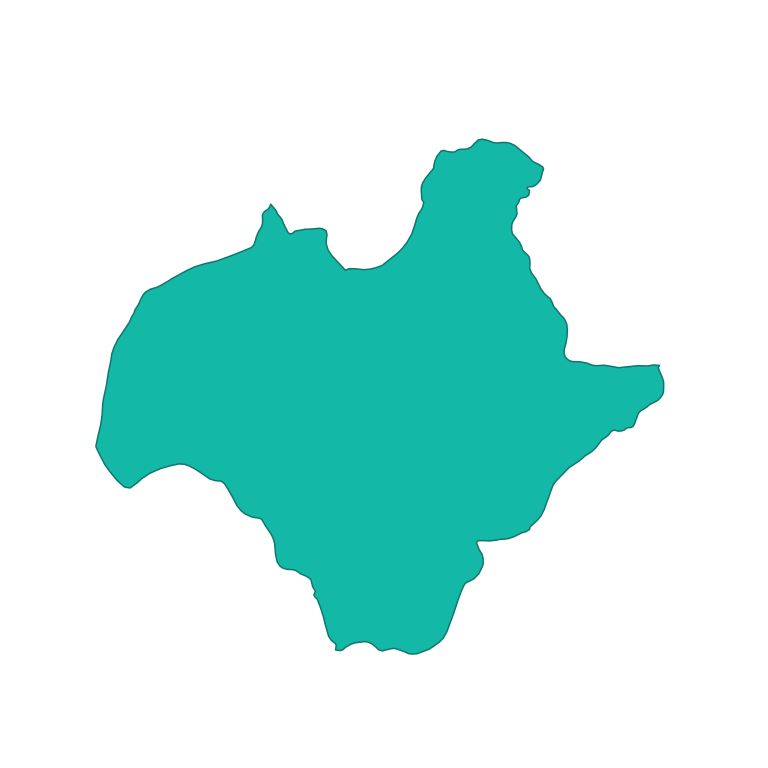 outline of Kota Tomohon, Sulawesi Utara, Indonesia, rotated 18°
{"feature_id": "22746128B12552284418793", "entity_name": "Kota Tomohon", "entity_type": "district", "adm_level": 2, "iso_a3": "IDN", "parent_name": "Indonesia", "parent_adm1": "Sulawesi Utara", "projection": "orthographic", "projection_center": [124.821, 1.329], "detail": "fine", "context": "isolated", "style": "filled", "palette": "teal", "viewbox_px": 768, "rotation_deg": 18, "n_neighbors": 0, "source": "geoboundaries", "source_scale": "gbopen_adm2", "svg_char_len": 6050}
<svg xmlns="http://www.w3.org/2000/svg" viewBox="0 0 768 768"><g transform="rotate(18 384 384)"><path d="M434.7,116.7L429.8,116.1L425.7,116.5L423.3,117.3L421.3,118.0L416.8,119.9L413.9,120.5L412.3,120.5L409.0,120.3L405.0,120.4L401.6,120.9L398.2,122.8L395.9,127.0L393.8,131.5L392.2,133.0L390.6,134.7L387.5,136.0L384.3,137.0L381.8,138.6L379.6,141.4L377.1,142.4L372.0,143.4L368.8,143.3L366.3,144.8L366.2,144.9L364.0,151.0L363.7,154.5L363.5,156.5L363.8,160.0L364.4,162.8L364.1,164.9L362.5,168.6L359.8,175.8L358.6,180.8L358.6,184.4L359.0,186.5L359.6,188.4L360.4,190.3L361.2,192.4L362.8,196.3L363.8,197.6L365.5,198.8L365.8,200.6L366.0,201.7L366.1,203.3L365.8,205.6L365.7,206.3L364.3,211.5L363.9,216.6L364.2,224.2L364.1,228.6L364.0,233.0L362.2,241.8L359.7,248.9L356.7,255.1L356.5,255.3L345.5,271.9L340.5,275.8L335.6,278.9L329.3,281.6L320.5,283.4L314.9,285.3L312.1,287.7L294.8,278.1L289.4,273.8L285.4,268.0L285.1,266.5L284.1,262.5L283.9,260.4L283.1,258.6L281.7,256.3L279.6,255.7L277.4,255.4L274.5,255.8L272.8,256.6L271.0,257.3L268.9,258.3L263.6,260.4L261.6,260.9L259.9,261.9L257.6,263.3L255.6,264.2L252.8,265.6L251.2,267.5L250.0,269.6L248.0,270.2L246.6,270.0L245.7,269.3L244.8,268.5L243.2,266.9L242.3,266.1L241.3,265.1L240.0,263.5L239.0,262.7L238.1,261.4L237.5,260.6L236.7,259.9L236.0,259.0L235.1,258.3L233.9,257.5L232.0,256.4L231.1,255.7L230.0,255.2L229.2,254.1L228.8,253.5L227.7,252.5L227.2,252.2L226.5,251.6L225.7,251.0L224.3,250.3L223.7,249.9L223.1,249.5L222.4,249.1L220.9,248.1L220.7,248.1L220.6,249.1L220.7,249.9L220.6,250.6L220.4,251.3L220.1,252.1L220.0,252.8L219.8,253.4L218.9,254.7L217.8,255.8L216.9,257.3L216.6,258.1L216.2,260.0L216.2,261.0L216.5,262.2L217.0,263.0L217.8,265.5L218.6,268.1L218.8,269.1L218.9,271.3L218.9,272.5L218.4,275.0L217.9,276.2L217.7,277.6L217.5,278.8L217.3,280.0L217.4,281.3L217.2,282.8L217.2,284.0L217.1,285.2L217.4,286.3L217.4,288.5L217.3,290.8L217.2,292.1L215.7,295.2L207.6,302.2L198.0,310.0L186.8,318.8L183.8,320.6L176.8,324.7L167.7,331.1L160.4,338.0L152.3,346.6L149.7,349.4L147.4,352.3L143.3,356.9L138.6,361.9L132.7,365.9L129.0,370.0L127.5,373.2L126.6,377.8L125.8,384.8L124.3,390.3L124.3,393.7L123.2,398.8L122.8,403.9L120.0,413.8L117.9,421.2L117.2,423.4L115.9,432.2L115.8,439.3L117.1,447.0L118.3,458.2L120.4,471.0L121.5,481.9L121.8,484.9L122.8,490.4L125.3,499.9L127.2,510.4L128.1,522.5L129.2,532.2L130.5,534.0L137.6,541.3L143.5,547.0L143.9,547.3L150.0,551.8L160.3,558.4L168.9,562.1L171.5,561.9L174.7,561.3L180.0,554.0L182.9,548.8L188.8,541.4L191.5,538.9L197.5,533.6L205.0,528.4L213.8,523.3L219.3,522.0L223.6,522.1L230.2,523.1L235.5,524.5L242.9,526.7L247.4,528.1L253.0,528.1L259.4,526.7L263.1,528.1L266.6,531.0L268.8,532.8L274.9,538.4L281.6,545.0L287.2,548.7L291.8,550.4L296.3,551.0L298.4,551.3L302.9,550.8L306.2,550.3L307.6,550.2L309.6,550.6L310.5,551.4L312.9,553.5L314.2,554.8L317.9,557.7L322.2,561.0L325.6,564.3L327.0,566.2L329.1,569.1L333.5,579.5L336.2,584.2L337.6,586.4L339.4,587.8L341.4,589.4L344.6,590.3L348.4,590.3L348.6,590.3L355.0,588.7L358.2,588.7L360.3,589.3L363.1,590.3L368.4,590.7L372.3,591.5L375.1,592.8L378.7,598.7L381.1,600.9L383.0,602.7L382.7,604.0L382.4,606.2L384.0,607.6L384.7,608.3L384.8,608.3L385.5,608.6L386.9,609.1L391.6,614.9L392.8,616.4L397.8,623.4L402.7,631.2L409.1,640.8L410.6,642.1L412.8,643.9L417.3,645.6L419.2,646.9L420.1,651.6L420.2,651.9L424.6,651.1L426.7,649.8L427.6,648.4L428.8,646.2L433.0,641.7L435.9,639.4L444.5,635.3L446.7,634.5L449.5,634.5L453.0,634.9L458.3,637.0L460.8,638.4L465.0,638.4L468.5,636.0L473.0,633.3L476.0,632.1L481.3,632.1L486.2,632.3L491.1,632.8L494.6,632.0L498.8,630.3L503.5,626.6L509.0,622.1L509.9,620.9L511.9,618.5L512.6,617.6L513.0,617.0L514.4,615.1L516.2,612.7L518.9,607.4L520.3,600.6L520.4,599.4L521.1,580.0L521.2,566.2L521.5,557.7L522.0,553.0L522.5,549.5L523.4,547.8L529.6,541.6L532.8,535.3L533.9,528.0L533.9,524.2L532.3,519.7L530.8,517.1L529.9,515.6L525.8,512.2L521.4,506.9L520.9,505.5L522.1,503.8L523.1,503.5L526.1,502.5L530.1,501.4L532.6,500.7L539.2,497.8L541.0,496.6L541.8,496.1L545.4,494.8L549.9,492.7L554.9,489.0L561.2,482.7L564.3,480.9L567.3,477.5L567.2,476.9L567.2,475.9L567.2,474.9L567.7,473.7L571.2,467.6L574.0,461.4L575.2,453.5L575.4,444.5L575.6,440.9L575.7,435.1L576.1,427.6L577.9,422.3L581.5,415.1L585.9,406.2L593.2,397.2L596.3,392.2L597.9,389.5L598.1,389.4L602.5,384.1L605.3,378.9L608.3,370.1L611.1,366.4L613.3,363.1L614.7,358.7L617.4,356.6L620.8,356.5L623.7,355.6L626.6,353.7L627.8,351.9L628.5,351.0L629.1,350.4L630.6,349.7L631.7,349.3L632.9,348.6L633.8,347.5L634.3,346.1L634.6,344.1L634.7,340.3L634.9,337.2L634.8,335.8L635.1,332.9L636.6,330.0L641.0,324.8L643.1,321.3L646.5,318.1L649.4,315.0L651.0,311.9L652.2,308.4L652.2,305.2L651.0,300.7L649.4,295.8L646.7,291.8L643.6,288.4L640.7,284.8L639.8,283.9L640.2,281.8L640.2,281.2L637.9,281.8L635.3,282.3L633.0,283.3L629.4,285.3L619.6,288.2L612.7,291.3L607.0,293.8L602.0,296.1L601.9,296.1L595.3,296.9L587.2,298.2L581.0,300.8L576.9,301.7L571.4,301.4L570.9,301.4L563.1,302.4L556.9,304.3L553.3,304.6L550.6,303.7L547.8,302.1L545.6,298.6L544.8,295.7L544.6,291.8L544.3,287.8L543.4,282.0L541.6,275.7L539.5,270.9L537.3,268.2L536.6,267.5L534.4,265.6L530.5,263.6L525.0,259.9L521.6,258.0L518.5,254.2L515.9,251.6L514.0,250.8L512.7,250.3L510.0,249.1L508.6,248.5L503.4,244.7L503.1,244.3L499.1,240.2L497.1,238.2L495.7,236.8L492.2,234.5L489.7,232.5L486.9,229.1L486.2,226.5L485.9,225.2L485.8,224.8L484.1,220.5L483.0,218.6L482.9,218.5L480.7,216.9L476.8,215.1L474.0,213.5L472.4,210.7L471.0,209.3L469.2,207.4L464.0,204.1L461.8,202.8L459.8,201.6L457.8,198.1L456.3,192.8L456.5,189.4L457.1,186.8L457.7,184.6L457.8,183.2L458.0,181.4L457.9,181.2L455.7,175.7L454.6,173.8L455.5,171.5L455.8,170.1L456.0,168.8L455.8,166.8L456.6,165.1L457.6,164.3L460.9,162.7L461.8,161.9L463.1,160.0L463.2,158.0L462.9,156.0L462.5,155.3L462.3,154.8L460.4,154.3L459.6,153.3L459.7,152.5L460.9,151.7L464.1,150.5L465.7,149.1L465.8,149.0L467.6,146.6L469.0,143.5L469.7,142.1L469.5,137.6L469.2,133.3L469.3,131.0L469.1,129.9L469.0,129.6L467.7,128.5L464.3,127.5L456.6,126.4L451.5,123.3L434.7,116.7Z" fill="#14b8a6" stroke="#0f766e" stroke-width="1.5"/></g></svg>